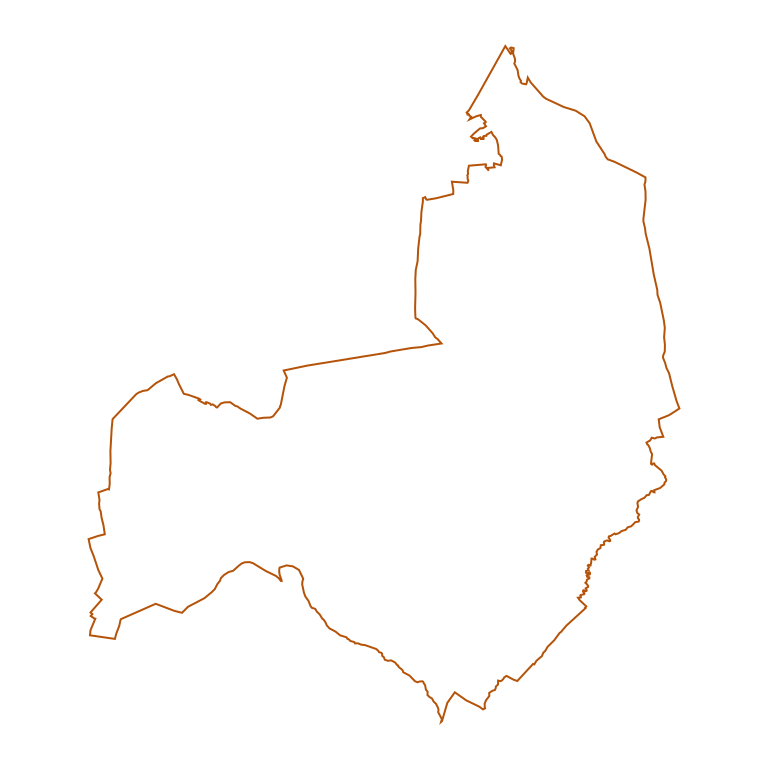 Secas, Arad, Romania (orthographic projection)
{"feature_id": "2599482B87304123778609", "entity_name": "Secas", "entity_type": "district", "adm_level": 2, "iso_a3": "ROU", "parent_name": "Romania", "parent_adm1": "Arad", "projection": "orthographic", "projection_center": [21.803, 45.915], "detail": "fine", "context": "isolated", "style": "outline", "palette": "amber", "viewbox_px": 768, "rotation_deg": 0, "n_neighbors": 0, "source": "geoboundaries", "source_scale": "gbopen_adm2", "svg_char_len": 6084}
<svg xmlns="http://www.w3.org/2000/svg" viewBox="0 0 768 768"><path d="M586.3,606.4L579.6,600.1L578.0,597.7L580.8,597.5L581.0,597.1L580.3,595.6L580.7,595.0L584.2,594.2L584.4,593.6L583.0,591.5L583.1,590.5L583.9,590.2L585.2,591.3L586.5,590.9L586.7,590.3L585.7,588.3L588.1,586.9L588.2,586.2L587.1,584.4L585.4,582.8L586.5,581.7L587.0,579.6L589.4,578.4L589.3,577.3L587.2,576.8L586.7,575.5L589.8,574.4L590.1,573.5L589.8,572.6L586.8,573.3L586.1,572.8L585.9,571.9L586.2,570.9L588.7,570.5L587.9,568.7L589.0,567.5L587.8,565.5L588.5,564.8L590.5,565.5L591.1,563.0L591.5,558.6L592.4,558.6L594.3,559.7L595.4,559.4L594.7,556.9L597.0,554.5L596.5,551.8L597.8,549.5L600.4,548.1L600.8,545.2L604.0,544.8L604.2,543.9L603.8,542.3L604.2,541.5L607.0,540.4L609.4,541.3L610.2,540.9L610.2,540.1L608.6,537.5L608.9,536.4L610.7,535.9L614.5,533.5L615.6,534.3L619.2,533.0L621.5,531.1L625.7,529.8L627.7,527.3L631.2,526.3L635.4,522.1L638.6,521.6L639.1,520.6L639.0,519.4L638.0,518.3L637.8,517.2L639.2,514.5L637.3,513.0L636.5,510.4L638.1,506.8L637.4,503.3L637.9,501.5L641.1,499.3L644.4,497.8L646.6,495.2L648.9,494.9L650.9,491.2L651.9,490.9L653.5,492.2L654.5,492.3L654.2,490.2L660.1,488.0L664.4,484.3L664.5,482.7L666.1,481.0L666.2,479.3L665.0,477.3L665.4,476.3L663.8,474.7L661.6,470.7L654.8,465.0L654.2,463.4L653.1,463.5L652.0,464.6L651.3,464.2L651.0,463.3L652.1,454.1L650.8,451.8L649.7,447.8L648.2,445.0L647.3,444.5L646.5,442.6L650.3,440.3L651.7,437.7L654.8,438.5L657.1,437.4L663.3,436.8L659.7,427.3L658.7,419.3L669.0,415.2L679.4,408.5L676.5,400.8L672.3,386.3L669.1,373.4L666.5,368.0L665.1,362.9L663.0,357.7L663.2,355.3L664.6,352.1L664.8,350.9L664.9,344.5L664.1,337.3L664.8,327.9L663.9,320.8L660.2,302.8L657.5,294.8L657.3,290.1L653.8,274.7L649.4,248.6L645.7,233.8L645.0,228.2L643.4,221.4L643.4,218.9L645.6,199.9L645.5,191.6L644.5,184.7L645.4,181.6L645.5,177.4L636.1,172.3L614.3,161.7L607.7,159.3L605.6,156.7L604.7,154.3L596.3,141.4L589.7,123.3L584.6,116.3L575.7,110.7L563.7,107.0L546.1,98.8L543.2,96.6L530.6,82.3L527.8,77.6L526.6,83.3L526.1,84.3L522.0,83.5L520.5,82.1L521.0,80.8L519.6,78.8L518.5,75.9L517.6,70.0L514.3,63.5L515.1,61.3L515.0,58.9L513.1,53.6L513.7,48.2L511.2,47.5L509.9,48.3L511.7,50.8L511.6,53.3L510.6,53.9L505.3,46.1L478.2,94.6L468.9,110.4L466.7,112.5L467.4,113.2L467.2,113.9L467.5,114.5L468.4,114.0L469.2,114.8L469.2,115.5L471.2,116.8L469.4,119.5L476.2,116.3L480.8,115.0L481.0,117.0L485.7,121.7L485.5,122.5L484.0,123.3L486.0,126.3L482.9,128.2L480.1,128.4L474.1,133.4L471.0,136.6L472.7,138.2L473.7,137.9L476.1,138.7L475.0,139.1L474.3,140.1L475.2,141.0L478.0,141.0L478.0,140.4L477.2,139.7L479.0,137.9L480.2,137.4L480.8,139.0L483.5,139.0L483.6,137.7L482.8,137.3L483.8,136.0L486.4,135.8L486.6,134.7L491.4,131.9L493.2,135.3L495.3,137.4L496.9,140.2L498.1,145.6L498.7,153.8L500.0,154.8L500.6,156.0L501.6,156.5L502.1,159.5L500.8,165.3L494.0,163.4L493.8,165.0L494.6,167.3L487.2,168.0L488.8,170.7L485.5,166.9L486.1,165.4L485.8,164.3L468.9,165.7L467.8,171.2L468.1,174.0L467.3,175.3L467.7,176.6L467.5,178.1L468.3,180.9L467.5,182.8L451.9,181.7L453.3,190.2L453.2,194.0L435.9,198.3L426.9,199.8L426.2,199.3L425.2,197.1L422.8,198.2L422.9,201.4L421.4,212.1L421.0,220.9L420.4,224.6L420.2,234.0L419.5,236.9L418.2,248.6L417.6,261.3L415.8,269.8L415.3,278.8L415.5,293.1L415.1,308.0L415.4,317.2L415.7,318.4L417.8,319.1L425.6,325.3L432.7,333.3L435.2,337.3L437.6,339.1L441.5,343.5L428.2,345.5L421.3,347.1L411.3,348.0L390.5,351.5L384.9,353.0L307.3,365.6L283.7,370.5L286.9,377.7L284.5,386.0L280.7,405.2L280.1,406.1L279.8,407.7L273.1,416.3L270.4,417.5L263.1,417.8L257.4,418.7L249.9,413.5L240.5,408.6L237.5,406.5L235.3,405.9L230.2,402.2L224.4,402.4L220.8,403.5L217.1,407.5L216.1,407.2L215.3,406.1L212.8,404.4L211.0,404.9L210.1,403.6L206.6,402.2L205.9,402.3L206.0,403.8L205.0,403.8L198.4,400.2L198.4,399.8L200.0,399.3L199.5,398.8L188.5,394.9L183.8,393.8L178.7,383.6L177.0,379.4L174.0,374.2L169.8,376.2L167.8,376.5L155.9,383.2L147.5,390.2L143.0,390.9L138.6,392.6L136.2,394.2L112.6,419.1L111.7,428.3L110.4,451.1L110.6,463.2L110.0,469.7L110.6,473.2L109.6,477.0L109.7,484.0L109.0,489.4L108.0,489.0L98.3,492.4L99.5,500.0L99.1,503.5L99.5,509.1L100.7,511.4L101.6,517.9L103.4,524.9L104.8,534.3L98.2,535.9L88.6,539.1L90.5,548.1L93.9,556.7L98.3,570.0L102.4,578.6L98.3,588.3L96.3,591.9L95.0,593.4L101.7,599.7L90.5,612.5L92.4,614.1L90.7,616.0L94.2,618.4L95.3,618.7L90.5,630.2L90.0,635.3L114.9,638.9L116.2,633.9L119.3,625.7L120.6,619.6L121.0,619.1L155.7,603.8L174.5,610.9L182.0,612.8L188.0,606.8L204.4,598.2L211.8,592.1L214.8,589.1L217.3,584.2L220.1,580.6L220.9,578.1L224.1,574.9L228.7,572.0L233.1,570.8L238.9,565.6L241.7,563.5L244.7,562.3L249.6,562.1L253.0,563.2L265.8,571.0L275.9,575.9L278.6,578.1L281.0,581.0L281.6,581.0L281.4,579.6L279.8,575.3L279.3,572.6L279.2,569.8L279.6,567.6L286.6,565.4L293.0,566.4L299.0,570.0L302.6,577.4L303.2,578.9L302.4,581.5L302.2,584.5L303.9,592.5L305.3,596.4L308.5,600.9L310.6,606.2L312.0,607.9L315.2,608.8L316.9,611.7L319.7,614.4L322.3,618.7L323.4,619.4L325.3,622.0L326.8,625.4L329.6,628.5L335.4,631.5L340.1,635.3L346.5,637.3L347.3,638.7L349.1,639.5L350.2,640.9L354.4,642.1L355.0,643.4L357.9,643.3L361.4,644.7L365.0,645.1L376.2,649.0L378.0,650.5L379.0,652.1L381.3,652.8L382.1,653.6L382.2,655.8L383.9,657.3L384.8,659.7L387.9,660.8L391.2,660.4L395.1,662.5L397.0,664.9L398.2,665.6L398.3,666.5L399.4,667.6L401.9,669.5L402.8,670.7L403.2,672.2L409.4,675.5L415.0,681.2L417.5,682.3L419.6,681.5L422.4,681.3L423.2,681.8L423.9,683.5L425.1,685.1L425.9,689.6L427.6,691.7L427.5,695.1L429.9,697.3L431.9,698.4L433.7,701.6L436.0,703.8L438.0,707.9L438.5,709.6L438.2,712.2L441.9,719.2L441.1,721.9L442.0,721.1L447.3,702.9L454.8,692.3L466.3,700.4L479.0,706.5L483.0,709.4L485.1,708.3L484.7,707.0L484.7,703.6L486.0,700.3L489.3,696.0L489.2,692.9L492.5,690.7L494.8,690.1L495.7,688.2L495.9,686.5L498.0,684.5L498.1,680.6L500.3,681.1L501.4,680.8L503.2,679.2L504.2,677.4L506.5,675.9L513.4,679.6L517.3,681.0L533.1,663.9L534.3,664.4L536.4,660.8L541.9,656.1L543.3,652.7L545.1,651.1L547.6,646.8L554.3,640.2L559.7,632.8L560.7,632.3L566.5,625.5L584.5,609.1L585.5,608.1L585.1,607.8L586.3,606.4Z" fill="none" stroke="#b45309" stroke-width="2"/></svg>